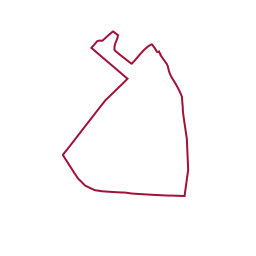 Ismailiyya 3, Al Isma`iliyah, Egypt, rotated 54°
{"feature_id": "37247803B16335235875864", "entity_name": "Ismailiyya 3", "entity_type": "district", "adm_level": 2, "iso_a3": "EGY", "parent_name": "Egypt", "parent_adm1": "Al Isma`iliyah", "projection": "equal_earth", "projection_center": [32.273, 30.612], "detail": "fine", "context": "isolated", "style": "outline", "palette": "rose", "viewbox_px": 256, "rotation_deg": 54, "n_neighbors": 0, "source": "geoboundaries", "source_scale": "gbopen_adm2", "svg_char_len": 1702}
<svg xmlns="http://www.w3.org/2000/svg" viewBox="0 0 256 256"><g transform="rotate(54 128 128)"><path d="M216.3,122.2L216.2,122.1L216.0,121.9L215.7,121.7L197.2,103.9L171.4,86.8L151.7,76.5L146.8,73.8L143.2,71.4L137.6,68.0L134.4,66.0L132.0,65.4L128.2,64.6L121.2,63.6L112.7,62.9L109.9,62.5L106.2,61.5L101.9,59.7L100.7,59.3L98.8,59.0L96.7,59.0L90.1,58.9L89.1,58.9L88.3,58.9L87.7,58.8L87.5,58.5L87.4,58.3L86.9,58.2L85.3,58.3L84.4,57.9L83.7,59.7L82.1,59.7L81.2,59.6L80.6,59.6L80.4,59.4L75.2,59.4L74.9,59.4L74.6,59.5L74.2,59.8L74.1,60.1L74.1,60.3L73.9,62.3L73.8,64.0L74.0,65.9L74.2,68.6L74.4,69.8L75.2,73.8L76.5,79.4L77.3,82.6L77.8,85.0L78.2,87.1L78.0,87.4L73.6,88.7L67.0,90.6L62.8,91.8L57.9,93.0L57.1,93.1L56.8,92.9L56.4,92.8L55.9,92.3L54.3,91.1L53.2,90.0L52.6,89.2L51.7,88.0L50.6,86.1L49.6,84.5L48.5,83.1L47.5,82.1L47.3,81.8L47.2,81.5L43.1,82.7L41.1,83.3L41.1,83.8L41.1,84.2L41.4,88.8L42.1,95.1L42.3,97.2L42.2,97.6L42.1,97.9L41.6,98.4L40.8,99.3L40.1,100.5L39.8,101.5L39.7,102.0L39.9,102.8L40.3,104.5L40.8,106.6L41.4,109.6L41.6,110.0L41.7,110.5L52.8,107.9L64.7,105.0L70.6,103.6L76.8,102.1L82.7,100.7L87.8,99.4L88.5,103.2L89.0,106.5L89.5,110.1L89.8,112.4L90.5,117.1L91.5,124.1L92.2,129.4L92.4,130.5L92.5,130.8L92.6,131.1L94.6,138.1L96.6,145.1L98.7,152.2L100.7,159.2L101.6,162.3L102.7,166.2L104.8,173.2L106.8,180.1L108.8,187.0L110.6,193.6L111.3,195.9L111.4,196.3L111.6,196.4L111.7,196.5L112.1,196.6L115.2,196.8L118.7,197.0L121.8,197.2L130.5,197.7L132.6,197.9L137.4,198.0L139.5,198.1L149.5,196.5L155.6,193.2L158.8,191.4L164.1,186.0L173.5,174.7L175.5,172.2L178.7,168.1L183.1,163.6L183.8,162.8L188.6,157.0L197.7,145.9L206.8,134.6L208.7,131.9L216.3,122.2Z" fill="none" stroke="#9f1239" stroke-width="2"/></g></svg>